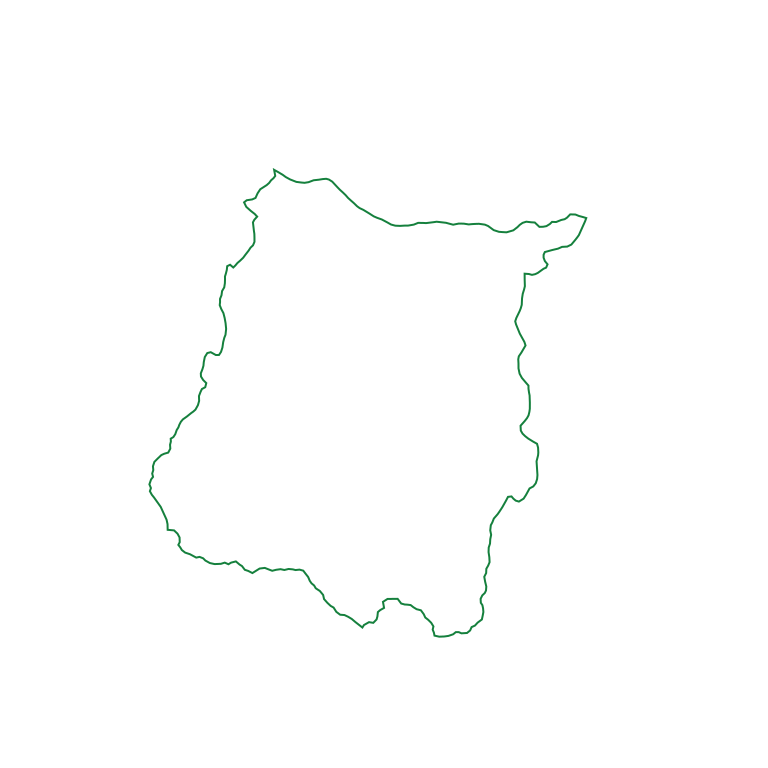 outline of Barretos, São Paulo, Brazil, rotated 308°
{"feature_id": "56859067B29660912500509", "entity_name": "Barretos", "entity_type": "district", "adm_level": 2, "iso_a3": "BRA", "parent_name": "Brazil", "parent_adm1": "São Paulo", "projection": "mercator", "projection_center": [-48.643, -20.518], "detail": "fine", "context": "isolated", "style": "outline", "palette": "green", "viewbox_px": 768, "rotation_deg": 308, "n_neighbors": 0, "source": "geoboundaries", "source_scale": "gbopen_adm2", "svg_char_len": 4822}
<svg xmlns="http://www.w3.org/2000/svg" viewBox="0 0 768 768"><g transform="rotate(308 384 384)"><path d="M135.9,303.3L139.4,308.7L138.9,313.5L137.2,317.4L133.6,320.4L130.6,321.0L129.8,324.1L128.7,326.9L128.7,331.1L130.4,335.9L131.6,342.9L134.2,345.1L135.3,348.8L134.9,351.9L135.7,357.0L137.8,361.4L141.9,366.2L145.2,368.5L146.2,372.4L149.1,373.5L153.0,376.5L152.8,381.4L153.1,384.2L151.9,388.7L153.1,392.1L154.0,396.7L157.6,398.0L162.0,399.6L165.7,403.3L167.0,407.7L168.0,410.9L171.2,413.4L174.4,416.5L176.1,420.0L179.5,422.7L181.8,426.3L182.9,428.8L185.7,431.7L187.2,435.3L186.3,438.7L185.2,443.1L183.2,446.7L182.3,449.6L182.2,453.0L181.0,456.0L181.4,460.9L180.3,465.9L177.6,469.2L176.7,474.1L176.3,478.6L176.8,481.9L175.1,486.7L175.2,491.5L177.6,495.1L178.5,499.1L179.0,503.3L178.8,508.0L178.8,512.5L178.8,516.9L181.7,516.6L187.1,518.8L189.2,522.6L193.9,523.1L196.8,521.9L200.5,519.6L203.5,520.2L207.6,521.9L211.7,517.3L216.8,519.1L219.5,522.5L223.1,527.0L221.6,532.7L223.0,536.1L224.6,538.4L226.2,541.1L226.2,544.6L226.6,548.3L228.4,552.4L227.1,557.0L225.4,560.3L225.4,563.9L224.9,568.2L223.4,572.2L220.4,573.6L218.8,576.4L216.8,578.7L218.9,583.1L222.2,587.0L225.2,589.9L229.4,592.6L232.6,593.3L234.5,595.7L235.2,598.5L238.9,602.7L242.8,603.6L246.4,602.7L249.6,604.4L253.6,604.7L258.7,606.1L262.2,604.4L265.5,602.7L268.2,600.2L270.3,597.7L271.2,595.0L274.2,592.4L277.9,591.6L281.4,592.1L284.1,591.5L287.4,589.3L290.5,585.4L293.8,581.7L297.9,580.9L301.4,578.4L305.0,577.9L308.6,576.9L312.4,573.6L315.9,569.9L319.6,567.2L323.5,565.8L327.1,563.3L331.1,561.3L334.1,557.8L338.5,555.1L341.5,554.6L345.6,553.4L351.5,553.7L355.0,553.5L359.7,553.1L367.0,552.0L371.4,551.2L373.9,553.7L373.3,556.5L373.2,559.6L374.4,562.7L379.6,564.6L384.0,564.2L391.3,563.0L395.2,564.7L399.2,564.7L403.3,563.2L406.7,561.0L417.0,551.8L422.7,549.3L425.0,547.8L428.7,544.6L431.1,541.4L430.4,536.9L429.8,531.3L429.8,527.3L430.2,523.7L431.5,520.5L435.2,517.3L441.5,517.7L445.2,517.7L448.3,517.2L451.6,515.7L454.2,514.2L459.0,510.5L464.6,505.8L466.6,503.5L469.2,500.8L471.7,498.8L472.4,495.1L473.7,488.9L475.6,484.5L479.1,480.4L482.9,477.4L486.1,474.6L488.8,473.2L493.4,472.9L501.5,471.8L503.6,468.7L507.3,460.0L512.3,451.3L514.2,448.8L517.6,447.6L525.0,446.0L528.0,445.1L531.2,443.8L536.4,440.1L540.5,437.8L544.7,436.2L547.8,434.8L552.6,430.8L557.5,426.9L559.9,430.5L561.1,433.4L563.6,435.5L566.2,436.8L570.0,437.9L573.1,438.8L575.5,440.1L579.0,439.2L579.9,435.1L581.8,432.0L584.1,430.2L587.0,429.5L593.3,434.2L597.8,437.8L601.7,439.9L605.1,443.8L609.2,445.8L615.1,446.0L618.6,446.0L621.3,445.9L636.3,442.2L639.3,441.2L638.1,438.1L636.4,434.1L635.4,430.5L632.3,426.3L627.7,425.8L625.1,424.9L622.4,422.7L617.6,419.9L615.2,416.6L612.2,416.2L608.4,414.8L605.9,412.6L603.5,409.7L604.1,403.4L602.1,400.5L599.5,396.2L596.3,394.0L593.0,393.0L589.8,392.6L584.7,391.3L579.0,387.2L576.9,384.2L574.7,380.9L572.8,375.7L572.6,368.8L571.7,365.4L568.7,360.2L566.2,357.2L563.9,354.6L561.9,352.5L559.5,348.2L556.5,344.2L552.1,340.4L550.5,336.7L549.2,333.6L544.3,325.6L542.1,323.5L536.7,318.1L535.1,315.8L532.0,311.7L528.0,309.4L523.8,305.6L522.0,303.3L518.4,299.2L515.7,295.4L514.0,291.4L513.4,287.3L512.3,281.0L510.7,276.2L509.8,272.7L509.3,267.3L508.5,260.5L507.6,256.5L507.5,253.3L508.0,248.7L508.2,245.1L508.5,241.1L509.2,237.5L509.6,233.7L509.9,229.6L510.4,226.1L511.6,218.6L511.2,214.7L510.1,212.1L507.8,209.6L504.8,206.8L501.2,203.1L496.6,200.3L493.6,197.5L491.8,194.7L489.3,190.5L487.4,184.1L486.6,179.2L486.5,175.6L485.8,169.9L485.1,165.6L481.0,170.2L478.1,170.2L475.0,169.6L471.7,169.7L468.5,169.1L461.3,166.6L456.4,167.0L451.5,168.2L448.3,166.5L444.3,162.7L441.0,161.9L438.8,166.4L438.4,172.5L438.4,177.4L437.8,181.0L433.6,180.7L430.7,181.2L424.7,187.1L422.5,189.4L419.6,191.8L416.3,194.4L412.6,195.4L409.3,194.9L405.6,195.2L400.7,195.2L396.8,195.3L392.6,194.7L389.1,194.0L385.9,193.9L383.0,193.5L383.2,189.3L380.3,187.9L377.1,189.9L373.7,191.4L370.8,192.5L368.7,194.2L365.4,196.6L361.8,198.6L357.5,199.2L353.9,201.3L350.1,202.4L347.6,204.4L345.0,206.0L342.9,209.6L341.0,213.8L337.9,217.8L334.4,221.7L330.2,225.7L325.2,228.8L322.1,229.7L318.0,231.5L313.3,234.2L309.0,235.8L305.3,236.1L303.3,233.6L302.4,227.9L299.6,225.7L294.9,226.2L290.3,228.5L287.2,230.5L283.9,231.8L279.6,233.1L277.2,235.2L275.8,239.1L275.3,243.4L271.4,245.1L267.9,243.6L264.8,244.3L260.6,245.6L256.9,248.7L252.8,250.4L247.7,251.2L244.9,250.7L242.2,249.9L237.0,248.7L232.3,247.3L229.1,247.2L225.9,247.8L223.2,248.7L220.1,249.0L216.0,250.4L212.5,250.7L209.6,249.6L207.4,251.5L204.4,252.8L201.5,255.4L197.1,256.2L193.8,253.8L190.9,252.3L186.2,251.6L181.3,251.0L176.9,252.6L174.1,255.2L170.7,256.5L168.6,259.2L165.4,259.2L160.5,260.9L158.5,264.4L155.4,265.5L153.8,269.2L153.0,272.6L149.7,283.7L143.2,296.2L140.3,299.7L135.9,303.3Z" fill="none" stroke="#15803d" stroke-width="2"/></g></svg>